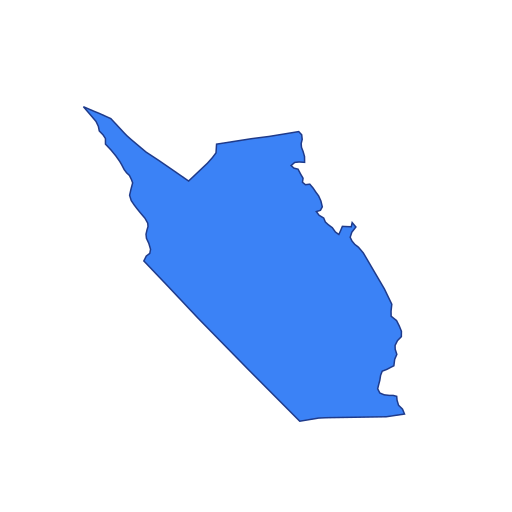 outline of União dos Palmares, Alagoas, Brazil, rotated 70°
{"feature_id": "56859067B51889338101511", "entity_name": "União dos Palmares", "entity_type": "district", "adm_level": 2, "iso_a3": "BRA", "parent_name": "Brazil", "parent_adm1": "Alagoas", "projection": "orthographic", "projection_center": [-36.041, -9.125], "detail": "fine", "context": "isolated", "style": "filled", "palette": "blue", "viewbox_px": 512, "rotation_deg": 70, "n_neighbors": 0, "source": "geoboundaries", "source_scale": "gbopen_adm2", "svg_char_len": 1765}
<svg xmlns="http://www.w3.org/2000/svg" viewBox="0 0 512 512"><g transform="rotate(70 256 256)"><path d="M426.2,271.4L429.7,252.6L431.5,246.8L432.8,242.9L451.6,188.6L455.3,170.5L450.0,170.7L445.0,173.1L439.8,172.8L436.0,171.8L433.9,174.8L432.6,178.4L430.3,183.0L427.1,186.5L422.4,187.1L418.8,184.7L415.2,182.2L410.7,179.7L407.4,176.8L407.3,171.8L406.7,167.5L406.3,164.0L400.5,161.0L396.6,157.3L391.2,157.1L387.6,155.9L383.9,152.0L381.5,147.0L376.5,145.1L370.8,145.3L364.8,146.0L358.8,149.6L354.1,148.0L347.8,144.9L330.9,146.6L289.9,154.1L282.8,156.7L278.9,159.2L274.7,160.7L270.6,161.1L266.4,157.8L262.9,152.2L257.5,154.2L261.1,156.5L259.5,160.4L257.7,164.7L261.4,168.1L264.1,170.8L260.6,173.2L255.5,174.6L251.1,177.5L247.8,179.2L243.5,179.4L239.3,182.8L234.9,184.1L235.1,179.8L232.5,176.9L226.6,176.2L220.9,176.6L216.6,177.9L211.7,179.1L206.9,180.9L205.9,185.2L202.6,187.1L199.0,185.2L194.0,186.1L188.8,186.8L186.3,190.4L183.0,192.1L181.3,187.6L182.4,183.3L184.6,178.3L179.2,176.4L173.9,176.0L169.5,176.1L165.8,175.1L162.2,172.7L157.7,171.6L153.7,173.3L148.2,202.5L144.3,219.7L137.4,254.8L145.4,258.3L148.7,263.4L152.2,269.9L162.5,293.7L145.8,305.5L132.9,314.7L120.7,323.8L104.0,333.4L99.0,336.1L95.7,337.6L77.3,345.4L68.2,354.7L64.8,358.5L56.7,367.1L68.1,362.8L74.9,360.3L80.2,359.8L84.9,360.5L89.8,358.3L94.1,357.3L99.4,359.2L106.8,356.0L113.9,353.5L120.5,351.7L124.4,351.0L129.8,350.3L133.7,349.1L137.0,347.4L141.7,346.9L145.1,346.9L150.7,350.8L155.7,354.0L161.2,354.3L166.4,353.0L170.6,351.7L175.6,350.0L182.6,347.4L188.1,346.5L191.4,347.4L194.2,349.5L197.9,351.9L201.9,352.9L207.5,352.4L213.7,352.8L217.2,354.9L218.5,359.1L222.3,363.1L253.8,349.3L294.2,331.9L302.4,328.2L359.7,302.2L426.2,271.4Z" fill="#3b82f6" stroke="#1e3a8a" stroke-width="1.5"/></g></svg>